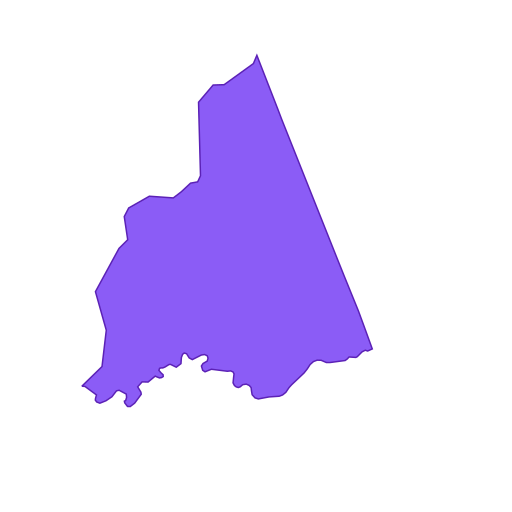 the district of Richmond, Georgia, United States of America, rotated 109°
{"feature_id": "52423323B1751844526398", "entity_name": "Richmond", "entity_type": "district", "adm_level": 2, "iso_a3": "USA", "parent_name": "United States of America", "parent_adm1": "Georgia", "projection": "albers", "projection_center": [-81.966, 33.386], "detail": "fine", "context": "isolated", "style": "filled", "palette": "violet", "viewbox_px": 512, "rotation_deg": 109, "n_neighbors": 0, "source": "geoboundaries", "source_scale": "gbopen_adm2", "svg_char_len": 1717}
<svg xmlns="http://www.w3.org/2000/svg" viewBox="0 0 512 512"><g transform="rotate(109 256 256)"><path d="M129.3,360.4L198.2,334.6L204.9,335.3L208.4,341.6L219.7,347.6L228.0,353.1L234.2,376.3L252.0,392.0L261.6,393.4L282.4,382.6L293.4,388.0L342.0,396.2L374.9,373.4L410.7,365.6L435.9,378.3L435.8,378.2L435.0,375.3L439.3,361.6L442.8,361.4L444.6,361.0L445.9,359.1L446.0,355.7L441.7,350.7L436.0,346.4L428.9,344.0L427.5,341.7L428.8,333.7L431.9,332.3L435.1,332.2L436.1,333.2L437.6,332.3L440.1,328.5L439.3,325.9L434.6,322.8L424.1,319.5L422.2,320.5L418.2,325.3L412.1,322.7L410.3,317.0L402.4,312.2L402.6,310.3L402.7,307.5L401.7,305.7L400.2,304.5L398.5,305.2L397.4,307.8L395.7,310.6L393.6,310.6L392.8,309.5L392.1,307.6L390.6,305.9L386.9,302.9L386.3,301.5L387.1,295.2L382.2,291.9L376.3,293.5L372.9,293.4L371.1,292.3L371.0,289.8L372.4,288.1L374.1,286.0L374.7,282.5L367.4,275.4L365.9,272.5L366.2,269.6L368.2,268.1L371.2,267.9L374.9,271.1L377.8,271.8L381.4,269.2L382.1,266.5L377.6,261.3L374.3,245.6L372.9,242.6L373.1,240.0L374.6,238.4L377.9,237.7L383.4,236.4L385.5,234.2L386.2,232.1L386.1,229.9L384.8,228.3L382.0,226.7L380.3,223.5L380.6,220.2L382.0,217.8L385.1,216.3L388.4,214.5L390.5,210.7L390.4,208.7L390.4,207.3L385.0,197.8L381.2,188.8L380.9,188.2L378.7,185.6L375.2,183.4L369.6,181.9L366.1,180.4L359.6,177.0L351.0,172.5L346.2,170.8L341.0,169.5L337.1,167.3L334.6,164.3L333.4,160.5L333.8,154.8L332.7,151.5L325.8,137.7L323.5,136.1L321.5,135.3L321.1,134.9L319.4,128.6L318.3,127.5L317.9,127.3L312.1,124.5L309.5,122.0L309.5,119.5L306.0,115.8L287.2,131.0L274.7,141.2L246.9,165.5L232.0,178.4L118.3,276.3L109.9,283.3L66.0,320.5L74.9,321.1L104.4,341.9L108.3,352.2L129.3,360.4Z" fill="#8b5cf6" stroke="#5b21b6" stroke-width="1.5"/></g></svg>